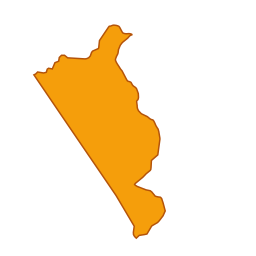 an SVG outline of Heredia, rotated 325°
{"feature_id": "CRI-1328", "entity_name": "Heredia", "entity_type": "Province", "adm_level": 1, "iso_a3": "CRI", "parent_name": "Costa Rica", "parent_adm1": "", "projection": "orthographic", "projection_center": [-83.91, 10.368], "detail": "fine", "context": "isolated", "style": "filled", "palette": "amber", "viewbox_px": 256, "rotation_deg": 325, "n_neighbors": 0, "source": "natural_earth", "source_scale": "10m", "svg_char_len": 1910}
<svg xmlns="http://www.w3.org/2000/svg" viewBox="0 0 256 256"><g transform="rotate(325 128 128)"><path d="M149.3,45.9L150.1,45.4L154.8,40.0L169.9,34.2L171.1,33.9L171.8,34.4L174.4,35.1L175.1,35.4L175.6,35.8L176.1,36.2L177.3,37.3L178.1,38.3L178.8,39.4L178.9,40.2L178.9,41.0L178.3,45.7L178.3,46.8L178.5,47.6L179.2,48.5L180.0,49.3L180.9,50.0L182.9,51.2L183.7,51.9L184.3,52.6L184.8,53.3L184.8,53.7L184.6,53.9L183.5,53.6L182.7,53.5L181.8,53.6L179.4,54.2L172.8,54.7L171.5,55.0L169.1,55.8L165.2,58.3L162.9,60.8L162.0,61.5L159.9,62.6L157.9,63.9L157.1,64.6L156.7,65.1L156.3,66.4L156.0,68.5L155.7,75.6L155.9,77.8L154.6,87.7L154.6,89.1L154.8,89.6L155.2,90.1L155.9,91.0L156.2,91.5L156.5,92.0L156.6,92.7L156.5,93.4L156.3,95.3L156.4,96.1L156.5,96.8L157.4,99.1L157.5,99.7L157.5,100.9L156.2,105.7L154.2,108.9L153.3,109.8L152.8,110.2L152.3,110.5L151.7,110.6L151.1,110.7L150.6,110.9L150.1,111.5L148.3,115.0L147.6,116.0L146.9,117.6L146.7,118.6L146.5,120.0L147.0,123.4L147.3,124.3L150.4,129.9L151.1,132.4L151.5,133.6L152.1,134.6L152.8,135.4L153.1,136.0L153.1,137.1L152.9,138.7L152.2,142.1L152.0,144.9L152.1,145.5L151.8,146.8L151.2,148.5L148.4,154.4L147.7,155.5L137.0,167.1L128.6,168.0L124.1,173.7L122.8,175.1L121.7,175.5L116.6,175.9L112.2,176.8L102.1,177.6L101.0,178.1L101.2,179.2L102.0,181.1L107.2,188.9L110.2,192.1L110.8,194.0L111.2,199.5L113.0,201.6L114.1,202.6L114.9,203.4L115.1,205.1L113.7,209.7L110.9,217.3L106.4,220.0L100.4,221.9L98.0,222.4L92.2,221.9L91.1,221.9L82.7,225.7L80.1,224.6L75.6,222.4L71.6,223.0L71.2,221.0L71.2,219.8L71.3,219.1L71.4,218.4L72.5,216.6L76.7,212.1L76.8,211.6L79.5,176.4L79.9,144.6L80.2,118.1L80.7,80.8L81.4,31.4L81.4,30.5L83.4,30.8L86.1,30.3L90.4,34.5L93.0,35.5L95.6,33.5L97.2,33.5L99.9,36.2L105.6,32.6L109.5,33.5L112.2,30.8L115.2,30.3L117.7,32.0L118.8,35.9L132.5,46.8L134.0,47.5L136.1,47.9L138.4,47.4L141.5,45.2L143.1,44.7L149.3,45.9Z" fill="#f59e0b" stroke="#b45309" stroke-width="1.5"/></g></svg>